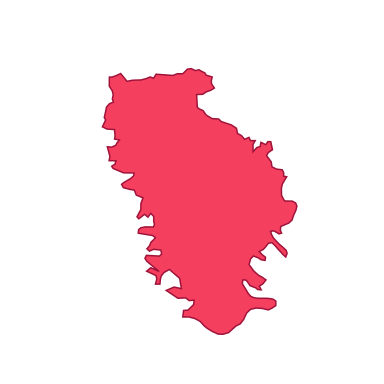 the district of Crissiumal, Rio Grande do Sul, Brazil, rotated 222°
{"feature_id": "56859067B27923524578183", "entity_name": "Crissiumal", "entity_type": "district", "adm_level": 2, "iso_a3": "BRA", "parent_name": "Brazil", "parent_adm1": "Rio Grande do Sul", "projection": "albers", "projection_center": [-54.153, -27.485], "detail": "fine", "context": "isolated", "style": "filled", "palette": "rose", "viewbox_px": 384, "rotation_deg": 222, "n_neighbors": 0, "source": "geoboundaries", "source_scale": "gbopen_adm2", "svg_char_len": 3147}
<svg xmlns="http://www.w3.org/2000/svg" viewBox="0 0 384 384"><g transform="rotate(222 192 192)"><path d="M274.6,159.8L269.4,164.3L267.9,161.2L268.9,157.4L266.4,156.7L255.7,160.4L247.9,167.3L246.2,165.1L246.6,161.0L249.0,153.5L249.5,150.6L245.9,149.3L239.8,152.4L236.1,154.8L231.3,152.4L224.5,154.9L222.3,149.3L218.3,144.8L216.3,136.8L213.6,136.5L212.3,143.7L207.9,143.8L208.4,148.5L204.1,148.2L200.7,144.4L198.3,143.0L197.3,140.1L203.4,134.8L206.1,131.2L206.5,128.4L204.4,125.4L192.3,133.2L188.7,133.7L188.6,130.8L188.9,127.3L187.6,123.7L187.5,119.6L184.0,119.6L182.2,123.7L176.3,128.0L173.1,125.6L173.3,122.6L183.5,114.4L182.6,111.2L179.1,110.3L163.3,110.9L172.0,108.1L172.7,102.8L162.9,105.8L160.0,103.9L157.5,99.1L154.2,102.1L157.0,105.8L158.6,108.9L159.0,113.2L157.0,119.3L143.4,119.6L135.2,113.1L141.7,109.4L145.3,101.6L131.4,103.6L125.8,109.1L121.4,109.4L118.1,113.0L115.5,109.6L115.9,101.6L119.0,98.3L115.2,93.0L110.6,97.1L105.3,99.8L102.1,100.7L99.2,101.3L93.6,100.7L89.8,100.8L83.8,101.9L77.5,103.9L73.8,107.0L70.7,112.0L69.7,121.8L67.9,126.3L68.3,131.8L69.3,134.9L70.4,138.8L70.0,143.9L66.8,148.6L62.0,152.4L56.4,155.4L54.9,159.0L53.7,163.6L56.7,167.0L59.7,166.7L62.1,165.4L65.5,162.9L68.4,160.3L71.0,157.9L73.2,156.2L75.6,154.8L78.2,153.8L82.2,154.2L87.0,155.7L90.8,156.8L93.5,157.7L95.4,160.9L92.7,162.7L89.1,162.0L86.3,161.2L83.3,162.3L80.5,163.4L77.9,163.5L75.1,165.6L79.0,167.1L77.9,171.0L78.2,176.2L83.0,175.6L86.7,174.7L90.5,174.6L93.6,174.7L97.3,175.5L101.0,176.2L103.7,181.5L103.6,185.5L98.7,187.4L95.3,187.9L91.9,190.1L93.7,192.7L97.6,192.4L102.2,192.7L100.6,197.1L100.6,200.7L100.9,205.1L98.6,207.9L94.0,207.7L89.7,207.1L85.9,206.8L82.3,206.4L78.8,206.4L80.3,210.1L83.1,211.7L88.1,211.7L92.2,211.6L95.4,211.8L100.7,212.3L104.6,213.7L107.3,215.4L105.3,217.8L102.4,218.5L99.3,219.1L97.9,221.4L100.6,222.6L103.0,225.7L101.2,229.6L99.3,233.6L98.9,238.0L100.9,242.6L102.5,247.8L104.6,251.7L107.6,253.2L111.5,252.3L114.5,249.6L117.2,247.3L120.6,248.4L123.3,249.5L125.9,252.3L128.1,254.6L130.2,258.5L131.9,266.7L134.4,265.0L136.7,267.6L139.8,268.9L144.5,265.6L149.4,264.2L153.3,267.4L160.9,268.9L161.7,272.2L160.5,277.3L167.1,282.1L169.3,280.3L168.9,276.5L171.5,275.8L174.0,275.0L171.8,271.5L173.6,268.2L173.6,262.8L175.6,265.0L178.5,268.2L179.4,272.5L182.9,269.3L186.2,270.7L188.1,266.4L193.3,267.0L197.3,265.9L201.6,269.1L207.6,268.2L217.4,263.9L221.0,264.1L226.3,259.9L233.0,258.7L238.2,259.9L241.9,258.7L244.6,258.4L253.8,267.5L249.4,271.8L248.4,275.9L246.1,280.2L244.9,284.2L249.7,285.4L251.9,287.3L254.0,291.0L256.9,289.6L259.6,288.3L262.3,289.1L265.4,288.1L268.6,287.5L270.7,284.5L275.1,283.2L277.6,280.2L277.8,276.6L278.0,273.7L282.1,270.0L284.1,265.9L297.5,255.5L296.7,250.8L300.1,249.5L301.8,245.8L304.9,241.1L308.5,237.7L311.3,234.9L314.3,230.8L324.3,232.3L325.8,228.6L328.3,223.9L330.3,222.1L324.3,215.3L319.1,213.9L315.7,211.6L313.4,207.8L310.5,206.2L312.4,202.5L312.4,198.0L309.0,192.2L307.0,188.6L304.4,187.8L302.2,180.5L297.4,181.8L291.4,186.5L286.5,182.0L285.0,179.5L280.8,182.1L280.6,178.4L279.9,175.6L281.8,171.5L285.2,169.0L276.7,163.4L274.6,159.8Z" fill="#f43f5e" stroke="#9f1239" stroke-width="1.5"/></g></svg>